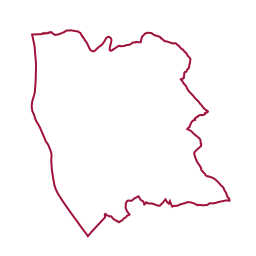 the district of Enebakk nor, Akershus, Norway, rotated 174°
{"feature_id": "86288312B77939080811439", "entity_name": "Enebakk nor", "entity_type": "district", "adm_level": 2, "iso_a3": "NOR", "parent_name": "Norway", "parent_adm1": "Akershus", "projection": "orthographic", "projection_center": [11.051, 59.769], "detail": "fine", "context": "isolated", "style": "outline", "palette": "rose", "viewbox_px": 256, "rotation_deg": 174, "n_neighbors": 0, "source": "geoboundaries", "source_scale": "gbopen_adm2", "svg_char_len": 5528}
<svg xmlns="http://www.w3.org/2000/svg" viewBox="0 0 256 256"><g transform="rotate(174 128 128)"><path d="M89.6,45.6L88.2,45.5L86.6,45.6L85.5,46.1L84.6,46.4L84.1,46.4L83.5,46.7L82.5,46.7L80.5,47.2L79.6,47.2L78.7,47.3L77.6,47.9L77.0,48.1L76.1,48.0L72.8,47.3L69.9,45.9L68.0,44.7L67.3,44.1L66.9,43.9L66.6,44.1L66.2,44.2L65.4,44.1L63.5,43.8L62.1,43.3L61.2,43.2L59.1,43.3L58.2,43.1L57.1,43.2L55.1,44.4L54.7,44.5L52.5,44.4L51.5,44.1L49.0,44.3L47.6,44.5L46.2,44.9L38.2,45.7L36.8,45.6L35.0,45.0L34.8,45.1L34.9,45.3L34.5,45.7L35.3,48.0L35.6,48.1L35.8,48.5L36.5,49.8L37.2,53.1L37.3,53.5L38.6,55.7L38.7,56.7L39.0,57.6L39.4,58.6L40.3,60.1L41.2,60.8L44.8,65.8L45.5,66.4L46.3,67.5L48.3,69.1L50.3,70.3L52.6,71.2L52.7,71.4L53.0,71.5L53.3,71.4L53.6,71.7L54.3,71.7L54.6,72.0L55.4,72.5L55.8,73.0L56.2,74.3L57.7,76.0L58.4,77.2L59.3,78.2L59.4,78.5L59.4,78.8L59.6,79.8L59.6,80.8L59.7,81.3L60.4,82.2L60.5,82.9L61.3,84.2L61.7,85.1L63.0,87.3L63.1,87.7L63.2,88.5L64.0,90.9L64.3,92.2L64.5,93.5L64.8,95.4L64.7,96.2L64.4,96.7L64.2,97.1L63.8,97.5L63.4,98.0L61.9,99.0L61.2,99.7L58.7,101.3L58.1,101.9L57.3,102.3L57.2,103.0L57.0,103.6L56.8,104.4L57.2,104.7L57.3,104.8L57.2,105.6L57.3,105.8L57.2,106.0L57.1,106.3L57.3,107.1L57.3,108.4L57.4,109.1L58.4,110.6L61.3,113.5L62.1,114.2L62.7,115.0L63.8,116.1L64.8,117.6L66.4,119.0L69.2,120.8L68.0,121.9L66.7,122.6L66.5,122.9L66.2,123.7L65.6,125.0L65.2,125.4L64.9,126.2L64.4,127.0L63.4,127.9L62.8,128.5L60.4,129.0L60.4,129.5L60.8,130.1L60.6,130.4L59.8,130.7L59.0,131.5L57.6,131.9L57.6,132.0L57.1,132.3L57.1,132.5L56.7,132.8L56.1,133.0L54.7,133.3L53.8,133.4L52.8,132.9L52.0,133.2L51.5,133.2L50.8,133.4L50.2,133.7L49.9,134.0L49.8,134.3L49.9,134.6L49.8,134.9L49.7,135.0L48.1,135.2L48.0,135.5L47.5,135.3L46.9,135.8L46.8,136.0L47.1,136.6L49.2,138.3L50.6,139.8L52.2,142.5L54.0,144.9L55.0,146.8L57.4,149.6L58.8,151.5L59.2,152.4L61.7,155.8L62.2,156.3L63.6,158.2L65.1,161.1L65.9,163.6L67.4,165.8L68.1,166.5L68.2,167.5L70.4,170.8L69.3,171.4L68.2,171.3L68.0,171.5L67.7,171.8L67.3,171.9L67.0,172.5L67.1,173.1L66.9,173.7L66.9,174.1L66.6,174.4L66.6,175.2L66.3,175.7L66.3,176.7L66.2,177.1L66.0,177.3L65.9,177.5L65.7,177.7L64.2,177.9L63.8,178.4L63.6,178.9L63.2,179.5L63.0,179.9L62.4,180.4L61.9,180.5L61.4,181.3L61.0,181.9L60.3,184.7L60.2,184.8L60.0,185.0L59.8,185.3L59.9,185.5L59.7,185.7L59.7,186.1L59.4,187.3L59.2,188.0L58.8,189.5L58.8,190.5L60.0,192.2L60.2,192.6L61.2,193.8L61.7,195.5L62.4,196.3L62.7,197.1L63.8,197.7L64.0,198.0L64.1,198.6L65.0,199.9L65.1,200.2L65.6,200.6L66.4,200.9L66.8,201.5L68.4,203.6L68.9,204.6L69.3,204.7L69.6,204.9L70.4,205.7L71.3,207.0L72.8,207.5L73.6,207.3L74.6,207.4L76.4,208.3L77.9,208.8L79.0,209.4L80.6,210.1L81.3,210.3L82.0,210.2L84.0,212.1L84.7,213.1L86.0,213.8L86.0,214.4L86.5,214.8L86.7,215.3L87.7,215.8L88.4,215.9L88.9,216.3L89.2,216.3L89.4,216.6L91.8,217.4L93.6,218.8L94.5,219.8L94.9,220.0L96.3,220.2L98.0,220.7L101.0,220.2L104.6,217.2L106.5,211.9L110.3,212.5L110.8,212.8L112.1,212.3L114.2,212.6L115.1,211.9L118.1,210.5L119.1,210.7L121.2,210.6L122.7,210.0L124.6,210.0L126.2,210.0L128.5,210.7L129.9,210.1L133.6,208.1L134.4,207.8L134.6,207.7L134.7,207.4L135.6,207.1L136.5,206.6L137.4,206.8L138.1,207.6L137.4,210.6L135.4,216.4L135.3,217.6L135.6,218.9L136.3,219.8L137.0,220.5L137.4,220.7L138.5,220.7L139.5,220.2L140.6,219.3L142.5,216.5L144.8,214.0L146.3,212.9L148.8,211.5L153.2,208.1L153.9,207.9L154.9,208.0L156.3,208.7L157.4,209.8L157.9,210.8L160.0,217.0L161.9,220.1L161.9,220.6L163.4,223.1L163.3,223.4L163.9,223.9L165.1,226.6L165.4,227.6L165.8,227.7L167.0,228.5L167.3,229.1L174.5,231.1L177.7,231.2L178.7,231.4L180.1,230.9L181.1,230.2L186.7,228.5L188.5,228.2L189.8,228.3L190.6,228.1L192.2,229.3L192.4,229.4L193.5,230.4L194.2,231.4L195.6,231.4L196.1,231.1L196.4,230.8L197.1,231.3L197.4,231.2L197.4,230.9L197.8,230.7L198.3,230.8L198.8,230.6L199.7,230.8L200.0,230.7L200.1,230.9L200.3,231.0L200.7,230.9L201.0,230.6L201.3,230.6L201.5,231.1L202.0,230.8L202.5,230.7L202.9,231.1L203.7,230.6L204.0,230.6L204.2,230.4L213.6,231.0L213.4,228.9L212.6,221.6L212.4,219.1L212.4,216.4L212.6,211.4L212.7,203.8L212.9,200.5L213.2,198.0L213.4,195.6L213.8,193.6L214.1,190.5L214.3,189.2L214.7,185.9L215.9,178.8L216.4,176.7L216.7,174.5L217.6,171.4L220.3,164.9L221.2,161.3L221.5,159.5L221.5,156.6L221.4,155.0L220.6,152.4L220.1,151.3L219.3,146.9L219.1,146.0L218.2,143.6L216.6,140.4L215.2,136.7L211.8,125.7L211.2,123.3L210.0,121.4L209.0,119.3L207.2,112.9L207.0,111.7L206.9,108.8L207.4,106.1L207.7,103.5L208.1,95.6L207.7,85.9L207.2,79.7L207.1,78.6L206.2,74.5L204.4,69.5L203.7,68.4L201.6,64.0L199.9,60.9L198.6,58.3L192.7,47.9L187.7,39.3L184.8,34.1L180.1,26.4L179.2,24.6L175.6,28.1L160.5,41.3L160.2,41.8L160.1,42.7L160.0,43.0L160.2,43.6L160.3,43.9L159.6,45.0L159.3,45.0L159.2,44.4L158.6,43.5L156.5,42.7L155.8,42.2L155.5,41.9L155.0,41.9L154.6,42.1L154.0,41.8L153.9,41.6L153.4,41.3L153.1,40.6L152.9,40.3L152.7,39.8L151.9,39.0L150.7,38.1L150.0,37.3L149.5,37.2L148.2,36.5L148.1,36.0L147.7,36.0L146.7,35.2L145.0,36.2L143.8,36.5L143.3,37.0L141.3,38.7L139.5,39.4L138.8,40.0L138.2,40.9L136.3,41.3L135.5,41.8L137.7,45.3L138.7,48.7L138.0,53.5L136.3,55.6L135.3,55.9L135.1,55.8L133.9,55.5L133.6,55.6L132.3,55.2L131.3,55.7L129.1,57.3L128.1,57.5L125.0,59.0L124.7,59.0L122.9,55.1L120.5,53.4L119.8,50.2L119.2,50.5L119.1,50.8L118.8,51.2L118.3,51.5L117.8,51.7L117.7,52.1L117.4,52.0L116.8,51.3L116.1,51.3L116.0,51.0L114.0,50.5L112.2,50.5L110.5,49.8L108.0,48.4L105.5,47.5L104.4,47.4L103.1,48.6L101.7,49.6L98.2,53.1L96.6,49.7L95.3,48.5L94.0,50.9L92.7,46.4L92.2,45.2L91.7,45.5L91.0,45.7L89.6,45.6Z" fill="none" stroke="#9f1239" stroke-width="2"/></g></svg>